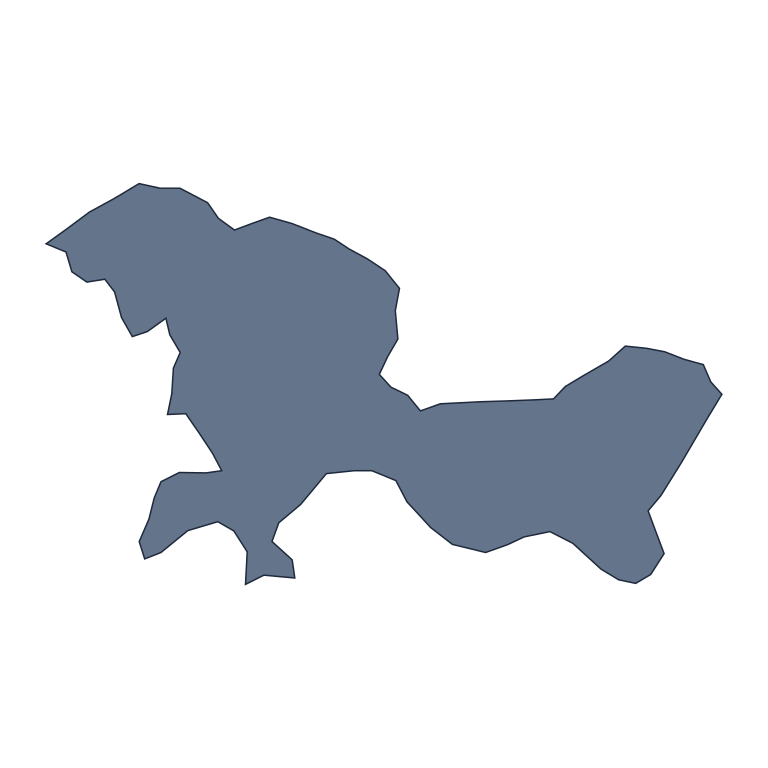 outline of Potim, São Paulo, Brazil
{"feature_id": "56859067B20818489532691", "entity_name": "Potim", "entity_type": "district", "adm_level": 2, "iso_a3": "BRA", "parent_name": "Brazil", "parent_adm1": "São Paulo", "projection": "albers", "projection_center": [-45.306, -22.823], "detail": "fine", "context": "isolated", "style": "filled", "palette": "slate", "viewbox_px": 768, "rotation_deg": 0, "n_neighbors": 0, "source": "geoboundaries", "source_scale": "gbopen_adm2", "svg_char_len": 1350}
<svg xmlns="http://www.w3.org/2000/svg" viewBox="0 0 768 768"><path d="M721.9,394.3L710.8,381.9L703.3,364.6L684.1,359.3L664.8,351.8L646.6,348.3L625.3,346.1L608.7,361.0L583.6,375.5L565.3,386.5L553.5,398.9L533.3,399.9L504.9,401.0L481.4,401.7L440.3,403.8L420.4,410.9L407.7,395.3L391.0,387.2L379.3,374.4L387.8,356.4L397.9,339.0L395.3,310.7L399.5,288.4L385.2,270.7L367.6,259.0L349.3,249.1L334.3,239.2L315.7,232.8L292.2,223.6L269.6,217.2L253.6,222.9L234.4,230.0L218.4,218.3L207.6,202.7L179.9,188.2L160.0,188.2L139.1,183.6L113.0,199.2L89.5,212.0L65.3,230.0L46.1,243.8L66.0,252.0L71.9,271.8L86.9,282.1L104.8,279.2L114.6,292.0L121.5,317.5L132.3,336.6L147.3,331.6L165.9,318.2L169.8,334.8L180.2,352.5L173.4,368.1L171.8,393.6L167.5,414.5L185.8,413.7L199.5,433.6L212.6,453.4L221.7,470.7L206.0,472.9L179.3,472.5L161.0,481.7L154.2,498.0L149.0,518.9L139.2,541.6L144.7,558.9L161.0,552.5L187.8,530.6L217.8,521.7L233.8,530.9L247.2,551.8L245.5,584.4L263.8,575.2L294.8,578.0L292.2,559.9L272.0,541.5L278.8,522.8L300.7,504.4L326.4,473.6L354.2,470.7L371.8,470.7L395.9,480.6L407.0,501.9L418.8,514.6L430.5,527.4L452.4,544.4L485.6,552.5L508.2,544.4L524.1,536.9L549.9,531.6L572.8,543.3L601.1,569.2L618.7,579.8L635.7,583.4L650.7,574.5L664.1,553.6L655.6,531.0L648.1,510.8L660.9,495.6L681.4,462.6L706.9,419.1L721.9,394.3Z" fill="#64748b" stroke="#1e293b" stroke-width="1.5"/></svg>